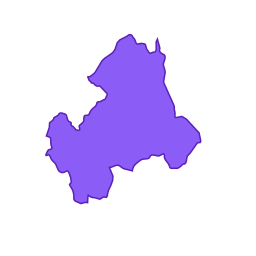 Karlovacka, orthographic projection, rotated 214°
{"feature_id": "HRV-1583", "entity_name": "Karlovacka", "entity_type": "County", "adm_level": 1, "iso_a3": "HRV", "parent_name": "Croatia", "parent_adm1": "", "projection": "orthographic", "projection_center": [15.498, 45.287], "detail": "fine", "context": "isolated", "style": "filled", "palette": "violet", "viewbox_px": 256, "rotation_deg": 214, "n_neighbors": 0, "source": "natural_earth", "source_scale": "10m", "svg_char_len": 3602}
<svg xmlns="http://www.w3.org/2000/svg" viewBox="0 0 256 256"><g transform="rotate(214 128 128)"><path d="M189.9,147.9L188.3,149.3L186.6,154.2L186.4,155.9L187.1,169.0L186.4,172.4L182.8,181.9L182.7,186.0L184.6,192.7L184.0,196.6L180.2,203.4L179.4,205.7L179.3,205.8L178.1,206.8L177.0,206.9L175.9,206.8L175.2,206.3L174.7,206.0L172.3,205.4L168.7,202.9L167.9,202.7L167.2,202.8L164.4,205.5L163.4,206.1L161.3,207.0L160.1,206.8L156.7,203.9L153.4,202.6L152.0,202.3L151.1,202.5L149.5,204.9L149.0,205.4L148.6,205.7L148.2,206.1L148.0,206.6L148.0,207.3L148.2,208.2L148.8,209.3L152.8,215.1L153.3,218.1L147.2,212.9L146.1,211.8L145.7,210.8L145.4,210.1L144.7,209.3L143.6,208.8L141.7,208.6L139.3,208.9L138.7,208.9L138.0,208.6L137.3,208.0L136.4,206.7L135.9,205.5L134.7,201.4L134.2,200.4L133.5,199.6L130.3,197.1L128.5,195.2L127.8,193.9L124.7,186.9L124.1,186.0L123.6,185.5L102.7,172.5L101.8,171.8L101.1,170.9L100.1,169.5L99.5,168.8L98.2,167.6L97.3,166.6L96.6,165.5L96.0,164.5L95.3,163.5L94.7,163.2L93.7,163.8L89.8,167.7L84.5,168.0L66.3,163.7L60.5,158.0L60.2,157.3L60.1,156.2L60.9,155.7L61.4,155.3L61.9,154.7L62.2,153.7L62.4,142.2L63.1,137.9L62.7,136.7L62.2,135.5L61.5,134.1L60.7,131.8L60.7,130.7L61.0,129.8L61.6,129.4L62.0,129.0L62.2,128.6L62.5,127.9L62.6,126.6L63.5,123.9L64.4,122.3L69.8,118.6L70.5,118.6L71.4,118.8L72.6,119.8L74.5,120.9L78.9,122.4L80.6,123.3L81.7,124.3L82.0,125.2L83.3,126.2L83.9,126.5L84.3,126.5L86.2,122.9L86.8,122.1L87.3,121.7L92.3,119.6L93.4,118.6L93.8,117.5L93.7,115.6L93.8,114.9L94.1,114.2L94.9,113.2L98.0,110.7L98.9,109.6L99.6,108.5L101.0,104.3L101.5,102.2L101.7,101.0L101.7,100.1L101.7,99.0L101.4,97.4L100.9,95.7L100.4,94.9L109.1,91.8L114.1,91.9L115.8,91.4L117.2,90.1L119.9,86.2L121.4,84.9L113.6,79.7L111.4,75.9L110.2,71.1L109.3,65.4L109.2,65.2L108.4,62.7L107.3,60.3L107.1,58.5L109.1,57.5L110.1,56.6L110.7,54.9L111.6,53.2L116.1,51.8L118.0,50.8L120.2,50.0L123.4,50.0L122.5,48.1L120.0,43.9L119.7,43.6L119.8,43.5L122.0,42.3L124.8,39.0L130.7,37.9L132.2,38.2L133.0,38.7L133.7,39.5L134.9,41.5L137.2,43.9L138.8,45.3L144.0,47.9L144.9,48.5L144.9,49.0L144.7,49.7L144.6,50.4L144.7,51.0L145.0,51.8L147.7,54.7L151.7,57.7L153.4,58.5L154.5,58.4L156.0,55.9L156.5,55.2L157.3,54.4L158.4,53.9L160.2,53.6L161.4,53.8L162.4,54.2L168.1,57.8L172.1,58.6L173.7,59.1L175.1,59.8L176.9,61.0L177.9,61.4L178.6,61.4L179.0,61.1L180.5,59.4L180.8,59.6L181.1,59.9L181.8,64.1L181.7,65.2L181.2,66.2L180.3,67.0L179.8,67.9L180.1,69.0L182.3,71.0L183.2,71.9L186.1,75.9L186.8,76.4L187.6,76.5L189.2,76.3L191.2,75.7L193.5,84.4L194.3,85.6L195.1,87.1L195.9,88.4L195.7,89.4L195.2,90.7L194.9,91.6L194.7,93.2L195.1,94.9L194.7,96.1L193.1,99.3L193.1,101.4L192.6,102.5L191.5,103.3L188.4,104.3L187.2,104.4L186.2,104.1L185.5,103.5L184.1,102.3L182.7,101.2L181.4,100.5L180.4,100.4L178.8,100.7L178.0,100.5L177.0,98.9L176.3,98.4L174.3,98.5L170.2,97.5L168.1,98.1L167.3,98.9L167.1,99.7L167.7,100.4L169.2,101.8L169.6,102.5L169.6,103.4L168.6,107.1L168.5,108.2L168.6,108.9L168.9,109.7L169.9,111.1L170.4,112.1L170.8,113.3L170.9,113.9L170.7,114.3L168.3,116.4L168.0,117.3L168.1,118.4L168.3,119.5L168.5,120.7L168.5,122.0L168.3,123.4L168.1,124.6L167.3,127.3L167.1,128.4L167.2,129.5L167.5,130.4L167.8,131.2L167.9,132.1L167.7,132.7L165.6,134.5L165.0,136.0L164.0,137.7L163.2,138.5L163.1,139.3L163.2,140.3L163.5,141.5L163.7,143.3L164.1,144.4L164.5,144.8L174.7,147.0L175.1,146.9L175.5,146.7L176.4,145.8L176.9,145.5L177.4,145.3L179.6,145.2L180.6,145.5L181.2,145.7L181.8,145.7L183.2,145.0L183.5,144.9L183.9,145.0L184.3,145.3L184.7,145.5L185.2,145.6L185.9,145.6L186.6,145.7L187.2,145.9L189.8,147.8L189.9,147.9Z" fill="#8b5cf6" stroke="#5b21b6" stroke-width="1.5"/></g></svg>